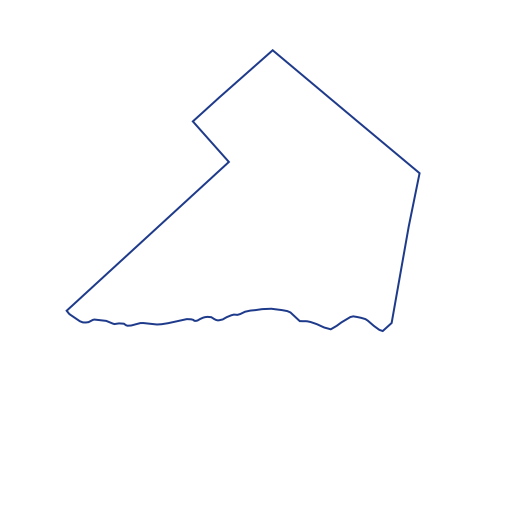 Pike, Missouri, United States of America (Albers equal-area conic projection), rotated 137°
{"feature_id": "52423323B3940547538762", "entity_name": "Pike", "entity_type": "district", "adm_level": 2, "iso_a3": "USA", "parent_name": "United States of America", "parent_adm1": "Missouri", "projection": "albers", "projection_center": [-90.992, 39.369], "detail": "fine", "context": "isolated", "style": "outline", "palette": "blue", "viewbox_px": 512, "rotation_deg": 137, "n_neighbors": 0, "source": "geoboundaries", "source_scale": "gbopen_adm2", "svg_char_len": 1124}
<svg xmlns="http://www.w3.org/2000/svg" viewBox="0 0 512 512"><g transform="rotate(137 256 256)"><path d="M103.5,395.1L174.6,397.0L210.4,397.5L211.0,372.9L211.7,343.3L431.8,345.1L432.1,341.3L431.9,339.8L429.3,328.4L427.9,325.5L425.9,323.5L423.5,321.8L418.8,320.5L417.5,319.7L409.8,310.7L406.8,304.2L406.0,302.8L402.1,300.1L398.8,296.6L398.3,294.1L397.5,292.6L394.7,290.3L386.3,285.8L384.2,283.9L375.2,273.5L371.7,270.6L366.1,266.8L349.6,257.0L346.6,253.9L345.4,252.0L345.3,250.7L344.3,249.6L342.8,248.7L339.7,248.0L336.6,246.9L334.9,246.0L332.9,244.5L330.4,241.7L329.6,238.5L329.1,237.2L328.8,236.4L328.0,235.2L327.2,234.4L323.6,232.3L319.3,231.3L314.5,229.5L312.1,228.2L309.7,225.6L307.1,224.3L302.0,222.7L297.3,219.9L293.3,216.8L287.8,213.0L280.8,207.0L273.8,198.6L270.7,194.4L269.3,191.2L268.4,178.5L263.2,173.5L261.1,170.5L258.0,164.7L254.9,157.2L251.3,151.4L244.7,149.9L238.8,149.2L228.6,147.0L226.0,145.5L223.7,142.5L221.3,139.1L219.0,135.2L218.3,132.3L217.5,124.7L216.3,118.5L216.1,117.7L214.5,114.7L202.5,114.5L124.2,173.4L79.9,205.0L90.1,286.4L103.5,395.1Z" fill="none" stroke="#1e3a8a" stroke-width="2"/></g></svg>